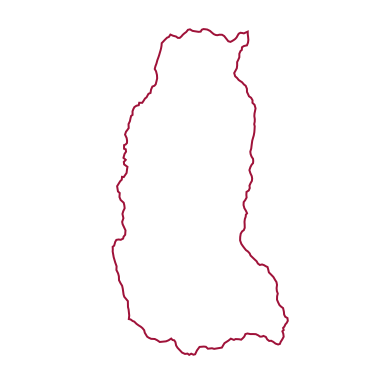 the district of Taipas do Tocantins, Tocantins, Brazil, rotated 175°
{"feature_id": "56859067B89404992716460", "entity_name": "Taipas do Tocantins", "entity_type": "district", "adm_level": 2, "iso_a3": "BRA", "parent_name": "Brazil", "parent_adm1": "Tocantins", "projection": "equal_earth", "projection_center": [-47.012, -12.155], "detail": "fine", "context": "isolated", "style": "outline", "palette": "rose", "viewbox_px": 384, "rotation_deg": 175, "n_neighbors": 0, "source": "geoboundaries", "source_scale": "gbopen_adm2", "svg_char_len": 4231}
<svg xmlns="http://www.w3.org/2000/svg" viewBox="0 0 384 384"><g transform="rotate(175 192 192)"><path d="M199.8,350.7L201.5,348.5L203.4,347.9L205.6,346.1L207.4,344.5L209.2,342.9L209.6,340.4L210.3,337.8L211.0,335.8L211.8,333.8L212.8,331.2L213.8,328.9L215.0,326.4L216.2,323.1L217.5,320.4L218.4,317.8L217.3,315.4L216.7,311.6L216.8,308.3L217.7,305.5L218.8,302.4L220.2,301.1L222.3,300.5L223.9,297.5L224.7,294.3L226.8,293.6L227.9,292.0L229.0,290.3L230.7,289.2L232.1,287.3L233.8,285.2L236.8,285.5L237.5,283.1L239.8,282.8L242.0,281.6L243.2,279.7L244.2,277.6L244.5,274.0L246.0,273.1L246.8,270.9L247.7,267.9L249.3,265.2L249.5,261.2L251.1,259.3L252.5,257.8L253.7,255.0L252.4,251.5L252.2,248.7L252.5,246.5L254.0,245.1L255.6,244.6L255.9,241.0L254.3,240.3L254.2,237.9L255.9,235.8L257.3,232.0L255.2,229.8L257.3,227.9L257.2,225.4L254.1,222.7L254.8,220.0L255.5,216.7L258.7,212.8L260.4,213.2L260.9,210.4L262.6,209.0L266.1,204.3L265.7,199.0L264.1,197.3L264.7,193.3L263.8,190.3L261.0,187.3L260.6,184.8L260.5,181.7L262.2,178.8L263.2,176.2L262.6,171.9L264.2,168.3L263.9,165.9L261.6,159.6L262.3,155.2L264.0,153.5L264.7,151.6L267.1,150.6L269.3,151.1L271.5,150.9L272.8,149.1L274.2,145.4L275.8,144.3L275.9,141.9L276.2,139.6L275.7,133.9L274.6,128.4L273.6,124.6L274.1,120.9L272.7,117.3L272.2,114.4L272.4,110.5L271.1,107.3L269.8,104.7L269.4,101.7L269.1,95.8L268.6,93.5L265.4,88.9L265.8,83.0L265.4,80.4L265.3,74.4L266.0,70.9L264.3,70.4L262.4,68.7L260.8,67.9L258.8,65.5L256.7,63.7L254.7,62.2L253.2,60.7L251.7,58.5L251.3,55.9L249.3,51.8L247.8,50.6L245.5,49.3L241.9,48.8L239.5,47.3L237.2,45.4L230.9,45.5L228.3,46.3L225.5,47.8L224.3,46.3L222.6,45.8L221.6,43.9L221.2,40.5L220.0,38.1L215.9,32.9L213.1,31.3L210.5,31.4L209.0,30.0L206.9,31.0L204.7,29.8L203.0,30.1L200.9,33.7L198.0,37.0L193.8,37.0L191.7,36.6L189.8,34.5L185.7,34.6L183.6,33.8L175.8,34.4L174.0,37.0L172.8,38.6L168.6,40.8L166.1,42.5L163.1,41.0L161.4,41.7L157.9,41.2L155.9,40.6L154.4,41.7L152.5,43.4L151.2,45.8L149.1,46.2L146.3,45.4L143.7,45.2L140.8,44.8L138.6,43.5L136.8,42.0L134.9,41.9L133.4,42.4L131.1,41.2L129.9,38.6L128.1,36.9L126.1,36.9L124.2,35.7L122.0,33.7L119.5,32.6L117.7,33.0L116.7,35.0L115.0,37.2L113.3,39.8L113.4,42.8L114.1,45.4L112.7,46.5L113.1,48.6L111.7,49.9L110.5,52.0L109.1,53.3L107.8,55.3L107.9,58.1L110.0,59.6L110.9,61.9L110.9,64.7L111.4,68.4L113.3,70.1L114.7,71.7L115.8,74.5L116.7,77.3L116.3,80.8L115.4,83.3L116.1,86.0L116.1,88.9L115.4,92.1L115.7,94.9L116.9,97.2L118.3,100.2L120.3,102.7L122.4,105.2L122.9,108.6L123.3,110.7L124.9,111.6L126.7,112.9L128.5,113.7L130.8,113.4L132.6,115.0L133.7,117.4L135.8,119.7L137.7,121.9L139.2,123.6L139.9,125.8L141.5,127.9L143.3,129.4L144.7,131.5L146.0,133.6L147.4,136.1L148.3,139.6L147.9,143.0L147.1,146.2L145.5,148.4L143.7,149.5L142.6,151.7L142.4,154.6L142.3,157.7L141.7,160.5L140.7,162.6L140.3,164.7L139.0,166.0L140.0,168.8L141.2,171.2L141.8,174.5L141.4,177.4L139.7,179.3L138.1,181.7L138.1,184.3L137.7,187.3L135.3,188.6L134.1,190.9L134.2,193.3L133.0,195.5L131.4,197.8L130.9,200.0L131.1,202.6L132.2,205.6L132.9,208.8L131.6,211.8L130.1,214.1L128.7,215.4L128.3,217.5L128.3,219.7L129.6,222.1L130.3,224.7L130.4,227.1L129.2,230.2L128.4,234.0L127.5,237.9L126.4,240.8L125.6,242.8L124.7,246.1L124.2,249.2L123.8,252.0L124.1,254.2L123.4,256.5L123.1,259.1L123.3,262.2L122.9,264.7L122.3,266.7L121.4,269.8L122.1,273.4L124.0,275.6L123.7,278.1L124.9,280.7L126.9,282.4L127.6,284.5L128.5,286.9L128.3,290.1L129.3,293.2L130.8,294.5L132.6,297.0L134.4,298.4L135.8,299.6L137.1,301.6L138.9,303.5L139.6,306.8L138.0,309.2L136.6,311.3L136.0,314.0L135.7,317.5L134.3,319.8L133.1,322.1L132.8,325.6L131.4,328.2L130.0,329.2L129.6,331.8L127.8,332.8L126.2,333.1L124.5,333.3L123.2,335.9L122.6,338.6L122.6,341.6L122.7,344.5L122.5,346.9L124.8,346.1L126.5,345.5L128.1,346.0L129.9,346.4L131.7,345.6L132.9,343.9L134.1,342.1L135.6,340.7L137.1,339.8L138.9,338.9L140.6,338.2L142.7,339.0L144.2,341.3L146.3,344.5L148.3,346.0L150.8,346.3L153.2,346.0L154.8,346.4L156.6,347.4L158.3,349.1L160.0,350.9L162.6,352.5L164.7,353.0L166.4,353.3L168.1,352.8L169.4,351.0L171.6,351.0L173.6,351.5L175.2,351.9L177.5,352.5L179.8,354.2L181.9,353.9L183.8,351.9L185.9,350.6L187.5,349.4L189.0,347.9L190.8,346.6L192.7,346.8L194.4,348.3L197.2,349.3L199.8,350.7Z" fill="none" stroke="#9f1239" stroke-width="2"/></g></svg>